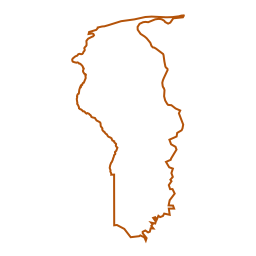 Baldwin, Alabama, United States of America (Natural Earth projection), rotated 180°
{"feature_id": "52423323B60515004813393", "entity_name": "Baldwin", "entity_type": "district", "adm_level": 2, "iso_a3": "USA", "parent_name": "United States of America", "parent_adm1": "Alabama", "projection": "natural_earth1", "projection_center": [-87.627, 30.77], "detail": "fine", "context": "isolated", "style": "outline", "palette": "amber", "viewbox_px": 256, "rotation_deg": 180, "n_neighbors": 0, "source": "geoboundaries", "source_scale": "gbopen_adm2", "svg_char_len": 3958}
<svg xmlns="http://www.w3.org/2000/svg" viewBox="0 0 256 256"><g transform="rotate(180 128 128)"><path d="M144.7,81.3L141.9,81.4L141.9,72.4L141.8,30.7L139.1,31.0L131.7,27.1L125.3,18.8L116.8,19.8L115.7,20.6L111.7,18.7L110.2,15.4L109.4,17.9L113.3,22.8L113.3,24.2L110.7,25.5L107.9,23.6L106.2,24.3L105.3,27.7L102.6,27.5L104.7,30.1L103.4,31.7L104.9,33.4L100.8,32.5L100.2,34.4L102.8,38.1L100.8,38.8L99.2,36.5L97.6,40.2L95.9,38.9L93.1,40.0L91.8,42.4L86.3,41.2L87.2,47.4L81.9,47.4L83.0,50.4L87.4,50.6L86.3,55.8L81.3,62.4L83.5,66.9L85.9,66.9L87.2,70.9L84.5,74.8L85.6,76.3L83.2,79.1L84.6,82.9L83.1,87.4L86.8,88.7L90.0,94.1L85.3,96.2L84.9,97.5L79.5,106.4L80.5,109.2L84.9,111.7L86.6,116.3L79.4,119.5L78.8,123.1L74.4,125.7L73.5,127.6L72.8,131.4L77.1,142.7L75.8,145.5L78.8,146.8L80.4,147.5L84.6,150.8L87.9,151.1L88.8,152.1L90.8,155.5L91.9,159.7L91.5,165.8L92.1,167.8L92.7,168.4L93.3,169.9L93.7,173.0L93.7,173.3L93.1,175.7L92.1,178.1L88.4,186.0L88.6,187.3L89.9,188.3L90.6,189.4L91.6,194.5L92.5,201.0L92.9,202.0L99.9,207.3L101.8,208.4L103.2,208.6L104.6,210.2L105.5,212.8L105.8,213.4L109.3,217.7L111.4,219.5L115.4,222.1L118.3,226.3L118.4,229.1L116.4,232.2L112.9,233.8L110.5,234.1L107.8,233.8L100.7,236.7L97.5,237.1L95.1,236.9L93.9,236.5L91.7,235.2L90.9,234.0L87.9,232.4L85.7,233.4L82.7,237.7L73.1,238.7L72.2,240.3L72.3,240.6L74.7,240.4L77.1,239.7L83.5,238.9L89.6,238.7L104.3,239.4L110.7,239.0L121.7,236.6L134.9,234.8L147.7,230.8L151.6,229.7L153.9,229.5L158.3,228.5L158.3,227.8L159.8,226.1L166.9,224.0L167.4,222.0L163.8,222.6L162.6,222.0L162.0,220.8L162.9,219.7L164.5,219.0L167.3,217.6L167.6,217.5L168.1,217.0L169.4,215.4L169.6,215.0L169.4,212.1L169.5,211.1L169.5,210.7L169.9,210.0L171.1,208.8L171.7,207.9L171.7,207.6L171.3,206.7L171.3,206.3L171.3,205.7L171.9,204.8L172.4,204.4L172.8,203.3L173.0,202.9L173.2,202.6L173.8,202.0L174.4,201.9L175.0,201.8L176.0,202.1L176.7,202.1L177.6,201.8L177.9,201.6L178.4,200.8L178.9,200.3L180.5,199.7L180.8,199.5L181.2,199.2L183.0,197.7L183.5,197.1L183.8,196.4L183.7,195.6L183.5,194.8L183.1,194.3L181.3,193.7L179.5,193.3L178.7,193.6L178.2,193.5L177.4,193.1L176.9,192.4L175.7,192.2L174.0,190.5L173.2,189.4L173.0,188.2L172.9,188.0L172.3,187.7L172.2,187.4L172.6,186.5L173.0,185.2L172.9,184.3L171.7,182.3L171.5,182.1L170.9,182.0L170.6,181.9L170.1,181.3L170.1,181.0L170.2,180.8L170.3,180.6L170.6,180.5L170.6,180.3L170.4,179.2L170.3,177.9L172.2,173.3L172.3,173.2L172.9,173.1L173.5,172.3L173.8,171.1L174.2,170.8L174.3,170.8L174.4,171.0L174.6,171.0L175.0,170.7L175.4,169.8L175.3,169.5L175.0,169.1L175.4,168.5L175.7,168.3L176.0,168.4L176.7,166.2L177.1,162.9L177.4,162.2L178.0,162.0L178.3,161.7L178.6,161.1L179.0,159.8L179.0,159.6L178.8,159.4L178.9,158.1L179.1,157.7L179.2,157.4L179.2,156.6L178.8,153.9L178.6,153.0L178.8,152.5L178.6,151.7L178.1,151.2L177.2,149.2L177.0,148.2L177.0,147.7L176.0,146.9L174.9,146.5L174.0,145.8L173.0,144.7L172.1,144.7L171.5,144.3L171.0,143.9L170.8,143.5L169.8,142.6L169.5,142.4L168.6,142.9L167.0,142.2L166.8,142.0L166.3,141.3L165.6,141.0L164.8,139.7L164.7,139.3L164.5,139.0L163.5,138.6L161.9,138.2L161.7,138.2L160.9,137.9L160.5,137.0L159.4,135.5L157.4,134.5L155.8,133.5L155.4,132.2L155.4,131.1L155.2,129.8L155.1,129.5L154.2,128.5L153.6,127.6L153.7,127.2L153.7,126.2L152.6,124.7L152.4,124.5L152.1,124.5L151.3,123.8L151.2,123.4L150.5,122.6L149.9,122.0L149.2,121.7L148.4,120.2L147.6,119.3L146.5,118.8L145.5,118.4L144.4,117.6L144.2,116.7L143.9,116.0L143.5,115.4L142.7,115.2L141.8,114.7L141.9,114.3L141.6,113.6L140.4,112.5L140.1,112.3L139.9,112.0L140.0,111.2L140.2,110.7L140.1,110.1L139.8,109.5L138.6,108.3L139.5,105.9L139.6,105.4L140.4,104.5L140.8,104.3L141.0,103.9L141.0,103.4L140.7,102.6L140.8,101.9L141.0,101.6L141.8,101.0L142.0,100.5L142.1,99.6L142.5,98.4L142.8,97.9L143.1,96.8L143.2,96.3L144.1,94.3L144.4,93.7L144.8,93.4L145.0,92.9L145.8,90.8L146.3,88.1L146.0,87.1L145.7,86.4L145.5,85.7L145.5,85.4L145.7,84.9L145.6,84.3L145.1,83.4L144.6,81.7L144.7,81.3L144.7,81.3Z" fill="none" stroke="#b45309" stroke-width="2"/></g></svg>